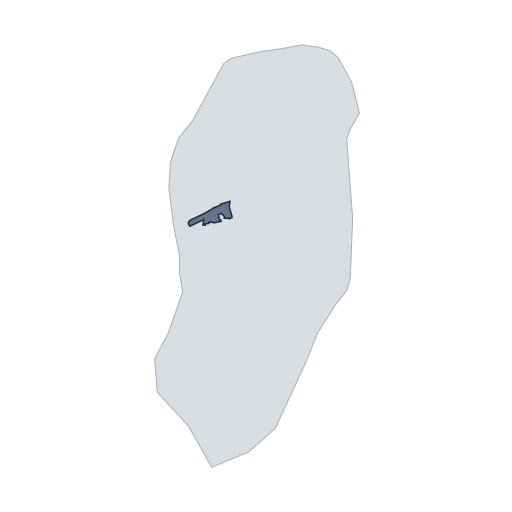 location of 55, Ar Rayyān, Qatar, rotated 187°
{"feature_id": "91078587B56593237076105", "entity_name": "55", "entity_type": "district", "adm_level": 2, "iso_a3": "QAT", "parent_name": "Qatar", "parent_adm1": "Ar Rayyān", "projection": "natural_earth1", "projection_center": [51.389, 25.225], "detail": "fine", "context": "in_parent", "style": "filled", "palette": "slate", "viewbox_px": 512, "rotation_deg": 187, "n_neighbors": 0, "source": "geoboundaries", "source_scale": "gbopen_adm2", "svg_char_len": 1069}
<svg xmlns="http://www.w3.org/2000/svg" viewBox="0 0 512 512"><g transform="rotate(187 256 256)"><path d="M275.4,459.6L255.0,465.2L235.9,471.1L220.0,471.0L207.1,468.6L198.6,462.9L182.2,440.0L170.7,410.3L177.8,393.8L180.3,383.4L164.7,305.2L159.7,245.1L161.6,232.8L170.5,218.6L185.4,187.3L193.4,157.1L215.8,87.4L239.5,60.6L274.2,40.9L302.7,79.4L337.4,108.8L344.0,141.7L333.8,168.5L324.4,211.1L330.0,230.7L332.1,247.7L341.6,276.2L350.8,313.2L352.3,338.9L347.4,362.8L335.3,382.8L311.5,443.1L304.4,449.4L275.4,459.6Z" fill="#d9dde1" stroke="#a8b0b8" stroke-width="1"/><path d="M288.5,307.1L297.4,303.2L297.6,302.2L304.5,298.2L304.4,298.0L311.7,292.5L311.7,292.4L320.7,286.7L322.8,285.3L325.4,283.7L327.2,281.5L326.9,279.5L325.2,277.5L312.4,285.7L312.4,280.1L310.0,280.6L310.2,281.8L306.7,282.5L306.7,284.0L301.1,284.0L294.8,286.2L295.2,287.4L296.8,288.0L298.4,292.5L296.7,293.2L295.6,294.2L294.3,293.0L292.2,291.3L292.1,289.6L288.4,290.0L286.6,289.7L285.6,290.6L284.5,291.2L284.8,292.8L288.6,301.6L288.5,307.1Z" fill="#64748b" stroke="#1e293b" stroke-width="1.5"/></g></svg>